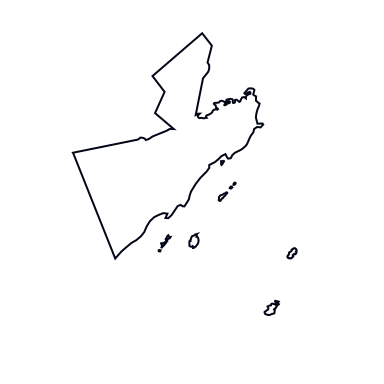 the district of Mersing, Johor, Malaysia, rotated 68°
{"feature_id": "92858781B22606211621135", "entity_name": "Mersing", "entity_type": "district", "adm_level": 2, "iso_a3": "MYS", "parent_name": "Malaysia", "parent_adm1": "Johor", "projection": "equal_earth", "projection_center": [104.05, 2.354], "detail": "fine", "context": "isolated", "style": "outline", "palette": "ink", "viewbox_px": 384, "rotation_deg": 68, "n_neighbors": 0, "source": "geoboundaries", "source_scale": "gbopen_adm2", "svg_char_len": 6056}
<svg xmlns="http://www.w3.org/2000/svg" viewBox="0 0 384 384"><g transform="rotate(68 192 192)"><path d="M69.7,185.2L88.9,179.9L105.0,196.7L126.8,185.3L125.7,187.6L125.2,189.6L125.6,191.2L125.7,193.3L125.7,205.0L125.8,208.2L126.5,210.9L126.6,213.6L126.5,215.4L125.3,215.7L124.1,216.4L123.0,217.9L122.2,219.7L123.0,221.4L123.0,223.2L111.0,287.7L111.8,287.6L224.9,288.1L220.7,279.7L218.5,273.3L216.6,267.4L215.8,261.8L213.9,255.9L211.2,251.2L207.0,247.0L203.3,242.0L201.2,236.6L200.8,232.2L200.8,226.6L202.9,222.9L206.2,226.3L207.4,223.8L205.8,219.6L199.7,210.6L199.7,207.3L201.6,206.1L202.5,204.5L200.4,201.4L197.5,197.5L194.8,195.8L191.2,192.7L185.8,185.4L181.9,178.7L178.6,170.9L176.1,167.0L173.4,165.9L172.9,159.7L171.5,155.2L169.8,151.3L169.4,146.8L172.3,146.6L174.6,146.0L175.2,143.5L172.9,140.7L171.7,137.6L171.3,132.0L170.9,129.2L169.4,125.0L168.0,122.8L163.8,118.6L161.9,116.4L159.6,112.7L156.9,110.8L156.1,107.4L157.8,104.1L156.1,100.7L154.9,101.0L153.2,105.7L147.0,104.9L144.3,103.5L141.8,101.8L139.5,99.9L137.2,97.6L135.3,96.2L134.1,97.1L131.2,98.5L127.4,96.8L124.9,98.7L124.1,98.5L122.0,96.7L120.6,95.9L119.2,96.6L118.1,98.2L117.2,100.9L120.0,106.4L121.0,106.1L121.2,104.1L120.7,102.5L120.8,100.9L121.7,100.6L122.8,101.1L122.7,103.2L122.9,105.2L124.3,106.5L125.4,106.9L123.4,108.2L123.2,110.3L125.1,112.5L126.0,113.3L126.2,114.3L123.4,115.9L122.9,116.6L122.8,117.5L124.0,118.2L124.6,118.3L125.1,118.9L125.1,120.0L124.6,120.6L123.4,120.3L122.0,119.6L121.0,120.0L120.0,121.5L119.7,122.9L119.4,125.4L120.6,126.3L121.4,125.5L121.7,123.6L122.5,123.0L123.4,123.6L123.5,124.5L123.2,125.9L123.7,127.1L124.0,128.8L123.4,129.4L122.8,128.8L122.8,127.5L122.6,126.7L120.0,128.6L119.1,129.6L118.4,130.6L118.3,132.1L119.1,133.6L118.5,135.9L117.8,137.9L118.4,138.7L119.4,138.4L120.5,137.6L122.8,138.0L123.8,137.2L124.9,136.9L125.2,137.5L124.5,138.6L124.1,139.6L124.0,141.1L124.6,142.4L125.7,143.5L126.2,144.9L126.6,147.7L126.4,149.1L126.8,150.5L127.6,150.9L128.7,150.6L128.0,153.8L126.8,155.3L126.5,156.7L126.1,157.7L124.7,158.3L124.0,158.3L123.2,157.7L122.3,155.4L121.7,157.0L122.0,159.7L90.7,139.2L86.8,132.2L84.9,130.4L83.8,129.7L80.6,128.5L77.8,129.1L63.8,118.8L48.6,123.1L69.7,185.2ZM232.8,203.1L232.6,204.7L233.0,204.7L233.1,205.5L233.0,208.5L234.1,209.8L235.3,210.7L235.9,211.5L236.8,211.6L236.7,212.1L236.6,212.7L238.2,213.6L240.1,214.1L240.9,214.6L241.4,214.3L242.3,213.5L242.6,213.0L242.4,211.6L242.8,211.4L244.3,212.0L244.5,211.3L244.0,209.1L242.8,206.9L241.9,205.7L241.2,205.1L239.3,204.0L236.8,203.5L236.2,203.6L235.3,204.7L234.1,203.8L233.1,203.8L232.8,203.1ZM331.2,159.3L331.4,159.1L331.5,158.6L331.2,158.1L330.7,157.7L330.1,156.5L329.3,156.0L329.1,155.6L328.6,155.4L328.4,155.9L328.7,156.3L327.2,157.1L326.9,157.7L325.7,159.1L325.5,159.8L325.5,160.3L326.6,161.1L326.5,162.0L326.3,162.9L326.3,163.9L326.5,164.3L326.4,164.8L326.6,165.0L327.2,164.6L328.2,164.6L329.1,165.2L329.6,165.9L329.6,166.4L329.8,167.4L330.2,168.2L330.3,169.5L331.1,169.9L332.5,169.8L334.2,168.0L334.8,167.0L335.0,166.4L335.1,165.8L335.0,163.7L335.4,161.5L335.0,160.8L334.6,160.6L334.1,160.5L333.4,159.9L332.5,159.6L331.7,160.0L331.2,159.3ZM285.4,117.0L284.5,116.7L283.9,116.9L283.5,117.3L282.8,117.5L282.3,118.2L282.5,118.7L282.4,119.4L282.7,119.7L282.7,120.2L282.6,120.5L282.8,121.0L283.0,121.4L283.6,121.4L284.0,122.1L284.4,123.4L284.4,124.6L284.9,125.0L285.2,124.9L285.9,125.2L286.4,125.8L286.5,126.4L286.8,126.6L287.1,127.3L287.5,127.4L287.6,127.7L288.0,127.9L289.0,127.4L289.4,127.5L289.6,127.3L289.7,127.1L289.6,126.9L289.8,126.1L290.4,125.8L290.7,124.8L290.4,123.9L290.2,123.6L290.2,123.2L289.9,123.0L289.8,122.7L289.6,122.7L289.6,122.2L289.4,122.1L289.0,121.9L288.5,122.2L288.2,122.2L288.0,121.8L287.8,121.3L288.0,121.0L288.0,120.5L287.7,120.2L287.9,119.4L288.3,119.2L288.0,118.8L287.9,118.4L287.2,117.8L286.9,117.7L286.5,118.0L286.1,118.0L286.0,117.7L286.0,117.3L285.7,117.3L285.4,117.0ZM206.0,159.7L205.8,159.6L205.2,160.2L205.2,160.5L205.5,160.9L205.7,161.4L205.5,162.6L205.9,164.7L205.9,165.4L205.7,166.1L205.8,167.0L206.8,168.9L207.0,169.1L207.6,169.1L209.7,170.3L210.5,169.7L210.9,169.1L210.6,168.6L210.1,168.2L209.9,167.5L209.7,167.3L209.4,166.4L209.0,166.2L209.1,165.2L208.4,164.4L208.0,163.5L208.0,163.0L207.7,162.3L206.5,161.2L206.5,160.9L206.5,160.2L206.4,160.0L206.0,160.1L206.0,159.7ZM225.7,228.8L225.5,229.6L225.2,230.1L224.0,230.0L223.2,230.2L224.1,232.1L224.4,232.2L225.2,232.7L225.4,233.7L225.7,233.9L225.9,233.5L226.8,234.1L227.7,234.3L228.1,234.6L228.6,236.7L228.6,237.9L227.7,240.6L228.7,239.5L229.5,239.3L229.7,239.6L229.9,239.6L230.0,239.8L230.2,239.7L230.3,239.9L230.9,239.9L231.4,240.3L231.7,240.8L231.9,241.0L232.0,240.9L231.9,240.8L232.0,240.3L231.7,239.9L231.4,239.9L231.3,239.7L231.3,239.3L231.2,239.2L231.3,238.8L230.9,237.7L230.2,236.8L229.6,235.4L229.1,235.5L228.7,235.1L228.4,234.1L228.4,233.7L228.5,233.5L227.6,233.2L227.4,233.1L227.2,232.6L226.9,232.3L226.4,231.0L226.4,230.5L226.6,229.9L225.7,228.8ZM326.6,153.7L326.5,153.2L326.2,152.7L324.2,155.2L324.2,155.8L324.5,156.0L325.1,156.0L325.5,155.8L325.9,155.8L326.2,156.0L327.0,155.9L327.8,155.0L328.8,154.4L328.9,154.0L328.6,153.5L327.9,154.2L326.9,154.2L326.6,153.7ZM176.5,152.9L176.4,152.6L176.0,151.9L175.9,151.3L175.5,151.2L175.4,151.0L175.4,150.8L175.2,150.8L174.8,151.4L174.9,151.9L174.6,152.6L174.3,153.6L175.1,153.8L175.9,153.5L176.1,153.6L176.5,154.4L177.2,154.4L177.6,154.7L178.0,154.6L177.8,154.0L177.2,152.9L176.8,153.1L176.6,153.1L176.5,152.9ZM200.0,148.8L199.6,148.4L199.4,148.6L199.4,149.0L199.4,149.6L199.8,150.1L200.1,150.3L200.3,150.6L200.7,150.8L201.1,150.6L201.2,149.9L201.0,149.6L200.9,148.9L200.6,148.7L200.4,148.5L200.0,148.8ZM202.7,153.3L201.9,153.0L201.5,153.9L201.5,154.1L201.8,154.5L201.8,154.8L202.0,155.0L202.4,155.2L202.5,155.3L202.6,155.0L203.1,155.0L203.3,154.8L203.4,154.2L202.9,153.7L202.9,153.2L202.7,153.3ZM235.1,244.0L235.2,243.8L235.1,243.6L234.7,243.2L234.2,243.0L234.1,243.6L233.5,244.1L233.5,244.3L233.6,244.6L233.8,244.6L234.1,245.0L234.4,245.0L234.5,244.3L234.9,244.0L235.1,244.0Z" fill="none" stroke="#020617" stroke-width="2"/></g></svg>